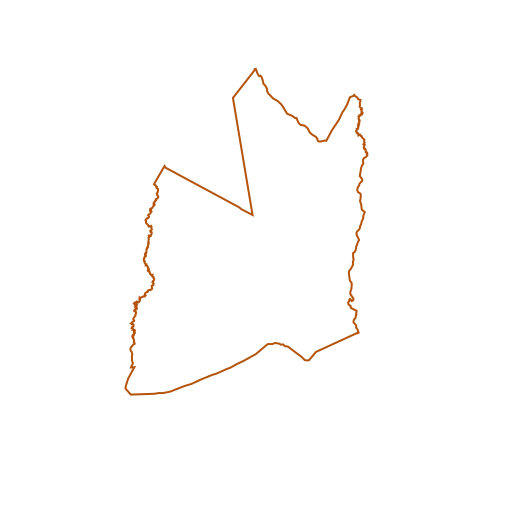 outline of Sioma, Western, Zambia, rotated 40°
{"feature_id": "96606910B11966717412590", "entity_name": "Sioma", "entity_type": "district", "adm_level": 2, "iso_a3": "ZMB", "parent_name": "Zambia", "parent_adm1": "Western", "projection": "natural_earth1", "projection_center": [23.042, -16.752], "detail": "fine", "context": "isolated", "style": "outline", "palette": "amber", "viewbox_px": 512, "rotation_deg": 40, "n_neighbors": 0, "source": "geoboundaries", "source_scale": "gbopen_adm2", "svg_char_len": 6086}
<svg xmlns="http://www.w3.org/2000/svg" viewBox="0 0 512 512"><g transform="rotate(40 256 256)"><path d="M227.7,69.5L227.8,70.5L225.9,74.1L228.5,81.6L229.6,87.2L229.8,90.1L232.0,98.7L233.4,111.2L235.8,122.6L234.6,123.2L231.8,126.9L230.1,128.1L229.3,128.0L227.4,126.7L225.5,126.2L221.3,126.9L217.8,126.8L213.6,125.0L209.5,124.9L205.8,126.9L204.0,126.8L201.9,126.2L198.4,124.3L197.2,125.2L193.9,125.3L188.3,127.0L180.0,124.1L177.1,123.5L172.5,123.4L168.0,124.3L161.1,123.6L158.3,122.4L157.4,121.1L153.7,119.5L150.7,119.2L149.4,117.9L145.5,115.4L143.6,115.0L142.8,116.2L140.0,115.3L135.5,112.8L134.9,113.7L135.5,115.2L135.6,116.7L136.7,149.7L227.0,226.8L214.4,229.6L211.9,229.5L130.0,246.5L128.1,245.9L131.7,266.6L132.4,266.7L133.6,266.4L134.4,266.6L134.7,267.0L135.5,266.7L136.1,267.8L137.8,267.7L139.6,269.9L139.9,272.1L141.0,272.4L141.4,273.1L142.8,273.2L143.5,274.2L143.5,275.2L142.8,276.7L142.9,277.3L143.6,277.6L143.3,278.7L143.6,279.0L143.4,279.2L143.6,279.9L143.4,280.5L143.9,281.0L144.1,281.4L143.8,281.6L144.1,282.1L144.6,282.5L145.0,281.7L145.5,282.1L145.3,283.2L145.6,286.6L145.5,287.1L144.9,287.3L144.8,288.2L145.8,289.4L146.5,288.7L147.4,289.1L147.3,290.3L147.7,291.1L147.6,292.3L147.0,293.5L147.3,294.3L148.7,294.6L149.1,295.4L148.6,297.4L148.1,297.6L148.4,299.7L149.5,300.0L150.3,301.3L153.3,301.6L154.3,301.8L154.4,302.2L154.9,302.4L155.4,302.1L156.1,300.4L156.8,300.6L156.7,301.3L157.8,301.5L159.2,302.7L158.8,304.6L159.1,305.0L159.8,305.3L160.4,304.8L161.5,305.5L162.4,308.3L161.2,308.6L160.8,309.4L162.0,309.9L161.8,310.8L162.3,310.9L162.7,312.0L163.2,312.2L164.7,314.9L165.1,314.8L165.3,315.5L165.9,315.6L166.0,316.7L166.8,317.4L167.0,318.9L167.7,319.0L167.5,320.5L168.0,321.0L167.9,321.4L169.4,323.2L170.2,324.8L170.2,325.3L169.5,325.2L169.7,326.0L170.4,326.3L170.7,326.9L171.4,326.5L171.7,326.7L171.3,328.8L171.9,329.4L171.9,330.2L172.2,330.9L173.3,331.3L173.6,331.9L174.3,331.7L175.0,332.7L176.6,333.2L177.3,332.9L177.6,334.1L178.9,333.4L180.6,334.2L180.9,334.6L181.7,334.6L181.7,335.1L182.4,335.2L182.4,335.9L182.7,335.7L183.1,336.1L182.8,336.7L183.0,336.9L183.9,336.9L184.4,336.4L184.7,336.9L185.6,337.1L186.3,337.8L186.9,337.6L187.9,337.9L188.8,336.9L189.6,338.3L190.6,338.0L191.1,338.4L191.3,338.2L192.0,339.0L192.8,339.0L193.1,339.3L193.5,341.0L193.2,341.3L193.2,342.2L193.4,342.5L193.9,342.2L194.4,342.9L195.2,342.8L196.1,344.4L195.5,345.0L195.3,345.9L197.5,347.9L197.2,348.5L197.1,350.1L196.4,350.3L195.5,351.4L195.6,352.4L196.1,352.8L196.1,353.2L195.4,353.9L195.0,356.1L195.7,357.1L196.7,357.1L196.8,358.5L195.7,359.2L195.7,359.7L194.5,361.7L194.3,362.9L193.6,362.8L194.2,363.8L195.0,363.5L195.7,364.9L195.5,365.2L195.9,365.7L195.9,366.6L195.4,367.8L194.7,368.2L194.4,367.4L194.0,367.4L193.9,368.6L193.2,369.3L192.9,370.8L195.0,371.3L195.2,370.1L196.2,369.9L196.7,370.9L196.6,371.6L197.0,372.1L196.5,372.8L197.6,372.8L198.0,372.4L198.5,372.8L198.4,373.3L198.7,373.7L197.6,374.8L197.7,376.1L198.4,376.5L199.6,375.9L200.5,376.5L201.1,377.3L201.2,378.3L202.0,379.1L202.0,381.6L202.5,383.3L204.1,383.7L204.4,384.2L203.9,385.3L203.6,387.9L204.4,387.6L204.8,388.0L205.5,387.3L206.2,387.2L207.4,388.7L206.8,389.5L207.3,390.2L206.9,390.8L207.1,391.2L208.0,390.6L208.6,390.9L208.8,391.8L209.6,391.3L210.2,391.7L210.5,390.7L211.3,391.0L211.6,393.0L211.9,393.1L212.3,392.6L212.7,392.7L212.6,394.1L213.2,394.7L213.2,395.5L212.4,395.6L212.6,396.7L212.3,397.2L212.6,397.0L213.4,397.5L214.3,397.2L215.0,398.3L216.0,398.4L217.3,399.4L217.6,400.4L219.1,400.8L219.5,401.3L218.9,402.5L219.0,406.6L219.4,407.9L221.0,409.1L222.2,409.3L224.0,410.4L225.5,412.7L228.1,415.7L230.6,417.3L231.9,421.7L234.3,419.3L236.8,431.9L240.1,439.9L241.3,441.4L249.1,442.7L266.9,426.7L269.4,423.7L272.9,420.7L277.2,415.4L284.9,401.4L288.6,395.8L293.2,386.0L298.9,375.2L301.5,371.2L306.2,361.4L308.1,358.2L310.8,351.1L313.8,344.6L318.9,331.3L321.6,315.9L325.0,313.1L326.5,310.4L330.1,308.2L331.9,308.0L333.7,306.3L336.1,306.5L338.6,304.9L356.0,304.0L360.2,304.4L362.1,303.3L363.6,301.7L363.6,290.9L383.4,249.1L383.6,249.4L383.9,248.8L381.3,247.2L379.8,246.6L378.8,246.6L377.5,245.0L376.8,244.7L373.3,244.1L372.1,242.3L371.9,241.3L372.1,239.7L370.8,237.3L370.7,236.4L369.9,236.1L368.3,233.3L361.9,234.8L360.5,233.4L358.2,233.7L356.7,232.6L356.4,232.3L356.3,230.2L355.8,229.9L355.5,228.5L356.3,228.4L358.3,229.0L358.9,227.7L358.6,226.6L357.7,225.9L352.8,224.6L351.3,222.8L350.4,220.2L347.4,215.9L346.3,215.1L343.6,214.4L337.9,209.2L337.0,207.8L336.9,205.0L336.1,200.7L333.9,198.0L333.0,195.8L331.8,195.1L328.5,191.4L329.0,189.5L328.7,188.0L327.9,185.9L326.7,184.5L326.4,182.9L325.0,179.7L324.8,177.8L324.2,177.2L319.3,175.0L317.9,173.3L317.7,171.4L318.0,169.4L317.8,168.3L316.7,166.4L315.9,163.7L314.7,161.5L313.9,158.1L312.9,157.1L312.0,155.3L311.3,152.7L310.7,152.3L308.3,152.6L307.0,152.3L303.3,148.8L300.4,147.1L299.0,144.5L296.7,141.5L295.8,141.1L293.2,141.5L291.1,140.4L289.9,138.2L289.7,135.8L288.9,134.4L288.8,132.1L289.1,130.5L288.9,130.0L288.2,129.2L287.2,128.8L284.1,128.0L279.8,120.7L279.0,118.3L278.9,116.3L276.2,113.8L275.8,111.7L276.6,109.2L276.6,107.3L276.0,106.7L275.6,106.8L275.0,105.5L274.3,105.3L273.5,106.0L271.8,104.1L270.7,103.9L270.6,104.2L270.0,103.8L269.7,104.2L268.6,103.4L268.1,102.5L268.0,101.0L267.3,100.7L266.5,101.1L266.3,99.3L265.1,98.7L264.2,97.2L261.2,97.1L259.7,96.3L259.3,96.7L258.4,96.4L257.5,96.9L257.3,96.3L256.5,96.8L256.6,97.5L255.0,96.3L254.7,96.3L254.5,96.9L253.9,96.9L252.8,95.9L252.4,96.0L252.4,95.1L251.5,94.0L252.2,93.7L252.4,92.9L251.4,91.2L251.1,91.4L250.7,91.0L250.8,90.4L250.2,90.3L250.4,89.2L249.7,89.2L249.3,88.8L249.7,88.3L249.6,87.8L249.3,87.2L248.4,86.6L248.6,86.1L248.3,85.5L247.6,85.2L247.6,84.9L247.4,85.4L247.2,85.1L246.4,85.0L245.8,83.8L245.0,83.3L245.4,83.0L245.1,82.3L245.4,81.8L245.1,81.6L245.6,81.4L245.8,80.7L245.2,79.9L246.0,78.8L246.0,78.5L245.2,78.3L245.3,78.0L245.7,78.2L245.5,77.7L244.1,77.8L243.4,76.4L242.3,76.4L242.3,75.9L242.6,76.0L242.6,75.1L242.3,74.8L240.8,75.2L239.3,74.9L238.4,73.1L237.1,72.1L236.6,70.6L235.7,69.3L233.5,70.2L231.6,69.5L229.4,69.8L227.7,69.5Z" fill="none" stroke="#b45309" stroke-width="2"/></g></svg>